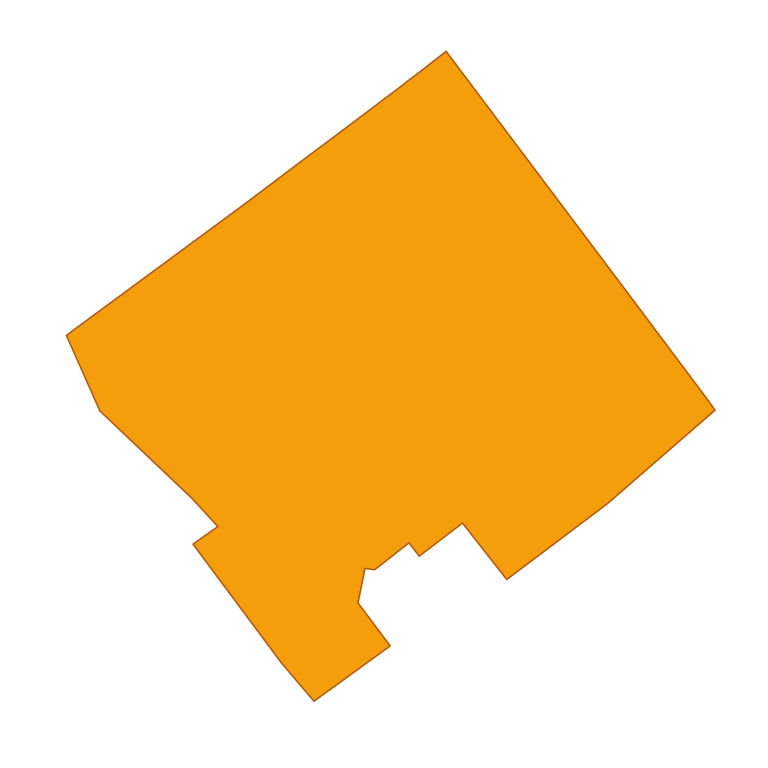 Chemung, New York, United States of America (Mercator projection), rotated 143°
{"feature_id": "52423323B68121870797656", "entity_name": "Chemung", "entity_type": "district", "adm_level": 2, "iso_a3": "USA", "parent_name": "United States of America", "parent_adm1": "New York", "projection": "mercator", "projection_center": [-76.753, 42.147], "detail": "fine", "context": "isolated", "style": "filled", "palette": "amber", "viewbox_px": 768, "rotation_deg": 143, "n_neighbors": 0, "source": "geoboundaries", "source_scale": "gbopen_adm2", "svg_char_len": 555}
<svg xmlns="http://www.w3.org/2000/svg" viewBox="0 0 768 768"><g transform="rotate(143 384 384)"><path d="M135.0,177.9L134.6,302.4L134.2,612.3L134.3,612.3L161.1,611.8L167.5,611.7L179.1,611.7L185.2,611.7L186.5,611.5L286.0,611.5L308.3,611.7L385.3,611.6L514.9,613.0L607.8,614.0L608.4,614.0L627.1,533.4L606.3,408.9L602.5,370.2L632.9,371.0L633.8,222.5L630.8,172.8L536.7,171.1L536.5,224.8L510.1,248.2L503.3,241.3L459.6,242.1L459.5,225.3L405.0,225.7L403.6,154.0L276.9,154.0L135.4,163.9L135.0,177.9Z" fill="#f59e0b" stroke="#b45309" stroke-width="1.5"/></g></svg>